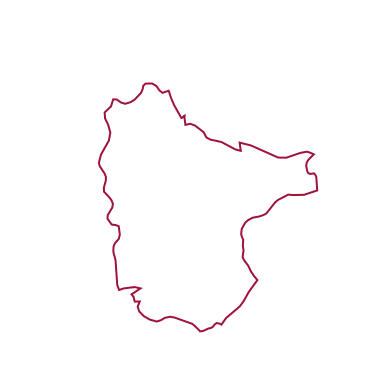 outline of Diekirch, rotated 321°
{"feature_id": "LUX-906", "entity_name": "Diekirch", "entity_type": "District", "adm_level": 1, "iso_a3": "LUX", "parent_name": "Luxembourg", "parent_adm1": "", "projection": "equal_earth", "projection_center": [5.98, 49.94], "detail": "fine", "context": "isolated", "style": "outline", "palette": "rose", "viewbox_px": 384, "rotation_deg": 321, "n_neighbors": 0, "source": "natural_earth", "source_scale": "10m", "svg_char_len": 1833}
<svg xmlns="http://www.w3.org/2000/svg" viewBox="0 0 384 384"><g transform="rotate(321 192 192)"><path d="M237.6,98.6L234.8,106.1L232.8,113.2L230.3,127.7L231.0,128.1L233.4,127.9L234.3,128.0L232.8,129.7L229.1,135.7L233.5,137.8L236.1,142.1L238.7,152.9L237.5,158.7L239.3,162.9L246.3,171.6L252.5,186.2L255.8,190.7L260.1,183.6L267.1,192.9L280.6,219.4L286.9,224.7L300.8,229.8L306.7,233.0L308.6,235.8L310.3,239.4L310.2,239.4L302.8,240.2L299.7,241.3L297.4,243.3L295.0,247.6L294.2,250.1L295.1,252.3L296.5,253.1L298.6,254.3L298.6,256.5L298.2,258.3L290.3,269.6L277.3,264.7L268.9,258.2L265.1,254.6L254.0,252.3L249.9,252.4L236.2,255.5L232.5,254.7L228.8,253.3L222.9,250.1L218.1,249.2L214.2,249.3L207.4,252.0L203.6,255.8L202.7,257.9L201.7,261.4L197.5,266.0L195.4,269.7L190.4,274.4L189.6,277.4L189.3,284.8L187.9,290.4L187.3,296.1L187.4,301.6L173.3,305.4L163.0,309.5L156.9,311.0L139.2,311.4L131.3,313.6L131.1,312.4L128.7,309.3L126.1,309.2L123.5,309.9L121.2,309.6L118.8,308.4L113.1,307.0L110.5,305.3L110.6,304.1L109.7,296.8L109.1,294.4L99.5,278.7L96.8,275.4L91.7,272.7L87.3,272.1L83.1,270.5L78.9,264.6L76.4,258.0L75.8,251.8L77.6,246.9L82.5,244.2L78.6,241.2L79.3,239.3L80.0,238.1L80.6,236.5L80.6,233.5L91.3,234.5L87.5,229.7L78.5,224.1L73.7,222.2L75.4,217.2L89.5,197.1L91.1,193.8L92.1,191.2L93.6,188.5L96.8,185.0L99.7,183.4L105.7,182.3L109.1,179.7L113.5,172.5L111.9,169.7L109.1,166.8L109.5,159.6L112.0,156.9L120.3,153.9L123.2,151.3L124.3,147.2L124.3,142.4L123.8,136.4L126.2,133.2L132.2,128.9L134.7,126.0L135.7,122.5L136.5,114.1L137.9,110.8L144.7,105.7L159.8,99.7L165.9,94.5L169.1,87.1L170.8,80.0L174.2,75.2L182.9,74.5L189.1,70.4L191.7,72.7L193.1,77.7L195.6,81.4L199.2,82.9L201.0,83.6L205.5,84.1L214.8,82.9L218.3,81.1L220.9,78.8L224.1,78.5L229.3,82.6L231.1,87.4L230.6,92.3L231.5,96.4L237.6,98.6Z" fill="none" stroke="#9f1239" stroke-width="2"/></g></svg>